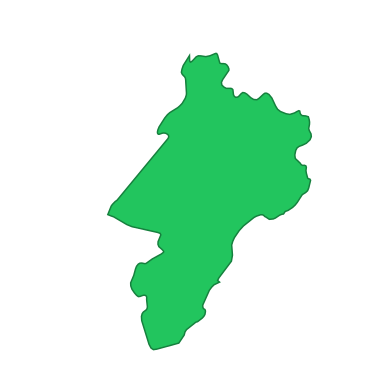 the border of Västmanland, rotated 137°
{"feature_id": "SWE-186", "entity_name": "Västmanland", "entity_type": "County", "adm_level": 1, "iso_a3": "SWE", "parent_name": "Sweden", "parent_adm1": "", "projection": "robinson", "projection_center": [16.24, 59.758], "detail": "fine", "context": "isolated", "style": "filled", "palette": "green", "viewbox_px": 384, "rotation_deg": 137, "n_neighbors": 0, "source": "natural_earth", "source_scale": "10m", "svg_char_len": 2852}
<svg xmlns="http://www.w3.org/2000/svg" viewBox="0 0 384 384"><g transform="rotate(137 192 192)"><path d="M269.0,232.9L260.7,236.8L258.7,237.2L254.7,237.4L252.4,237.1L172.9,247.5L171.3,248.3L171.2,248.5L170.5,249.7L170.7,251.4L171.2,252.9L172.3,254.3L173.5,255.2L176.6,256.6L177.1,257.1L177.3,257.8L177.0,258.7L176.3,259.5L174.6,260.7L171.6,262.1L161.5,264.7L157.2,265.3L154.0,265.2L144.9,263.4L142.1,263.3L138.7,263.5L132.9,265.2L130.0,266.8L128.6,268.1L120.1,278.4L119.1,280.0L118.8,281.5L118.9,283.2L118.8,285.0L118.1,286.8L115.5,288.7L112.1,290.5L100.8,293.5L104.0,289.8L104.6,288.8L104.5,287.9L102.6,287.6L96.7,288.0L94.5,287.3L92.7,285.5L89.6,281.6L86.0,279.4L80.3,277.3L79.5,276.5L79.9,274.7L83.7,267.4L83.5,266.7L82.9,265.8L81.4,264.4L80.3,263.0L79.9,261.3L80.2,259.0L81.1,256.8L82.1,255.8L92.9,253.3L95.7,252.1L97.2,249.9L97.1,247.1L96.3,244.5L93.0,241.4L92.4,240.5L92.3,239.4L92.3,239.0L92.5,238.7L95.3,234.9L95.8,233.3L95.5,231.5L93.9,230.3L92.5,230.1L88.8,230.4L87.0,230.1L85.8,228.5L85.1,226.0L84.7,220.8L83.8,217.6L81.6,215.2L78.9,214.8L72.9,214.8L71.2,214.5L70.0,213.3L69.2,210.9L69.5,206.3L72.2,198.0L73.0,194.1L72.4,190.5L69.8,185.0L67.5,182.0L63.1,179.9L60.4,179.3L58.4,178.6L58.0,177.7L59.1,176.0L59.6,174.5L59.3,172.7L56.9,170.0L55.6,167.7L57.0,164.9L58.3,163.0L59.9,161.4L63.4,158.8L64.4,156.7L65.3,153.4L67.0,151.1L70.1,149.7L75.2,149.7L79.2,150.9L82.5,152.3L85.0,152.6L87.7,151.7L91.5,149.0L92.9,147.1L93.6,146.0L93.2,139.1L93.4,138.3L93.5,137.5L93.0,136.1L91.5,134.8L90.9,133.5L91.5,132.1L94.1,129.9L95.7,127.5L98.0,123.1L97.7,122.1L97.0,121.1L97.3,119.7L103.8,115.4L106.6,114.1L109.3,114.1L112.8,114.8L114.0,114.7L122.1,112.6L125.4,112.1L129.0,112.1L134.3,113.0L137.1,114.2L140.1,113.5L141.4,114.4L143.8,115.3L148.8,116.1L151.0,116.9L154.1,119.3L155.0,123.2L155.5,124.5L155.5,125.9L156.0,127.3L157.4,128.6L161.4,130.4L164.1,131.1L177.5,132.1L183.7,131.6L192.1,129.7L195.7,128.2L199.1,126.2L205.5,118.2L210.4,114.5L230.8,110.9L233.6,109.9L233.3,107.3L239.1,109.1L242.5,109.0L246.3,108.3L261.2,102.0L262.8,100.2L263.1,98.6L262.7,97.3L263.0,96.3L263.8,95.3L266.1,93.6L268.1,93.0L270.4,92.8L275.9,93.3L276.5,93.4L277.3,93.9L278.3,94.2L289.9,95.1L292.6,94.4L295.3,92.7L304.7,90.5L324.9,101.1L327.7,103.0L328.4,105.8L327.3,109.9L316.5,132.2L313.8,135.5L311.4,137.0L309.5,137.4L305.8,137.0L304.3,137.4L302.9,138.5L298.6,144.2L296.9,145.9L296.6,146.6L296.4,147.7L297.4,149.3L299.1,150.2L301.3,151.1L302.6,152.1L303.0,154.2L302.9,157.4L302.2,161.9L300.8,165.1L298.8,167.4L291.5,170.7L285.7,174.3L283.2,175.5L280.5,175.9L278.7,175.5L277.2,174.3L275.4,171.8L274.4,171.1L266.5,170.1L256.8,167.6L254.6,167.4L253.5,167.5L253.1,168.5L253.1,170.3L253.5,174.6L252.6,176.9L250.7,178.8L244.0,181.9L243.5,183.5L244.8,186.0L259.5,207.5L261.9,212.7L266.2,227.2L267.7,230.1L269.0,232.9Z" fill="#22c55e" stroke="#15803d" stroke-width="1.5"/></g></svg>